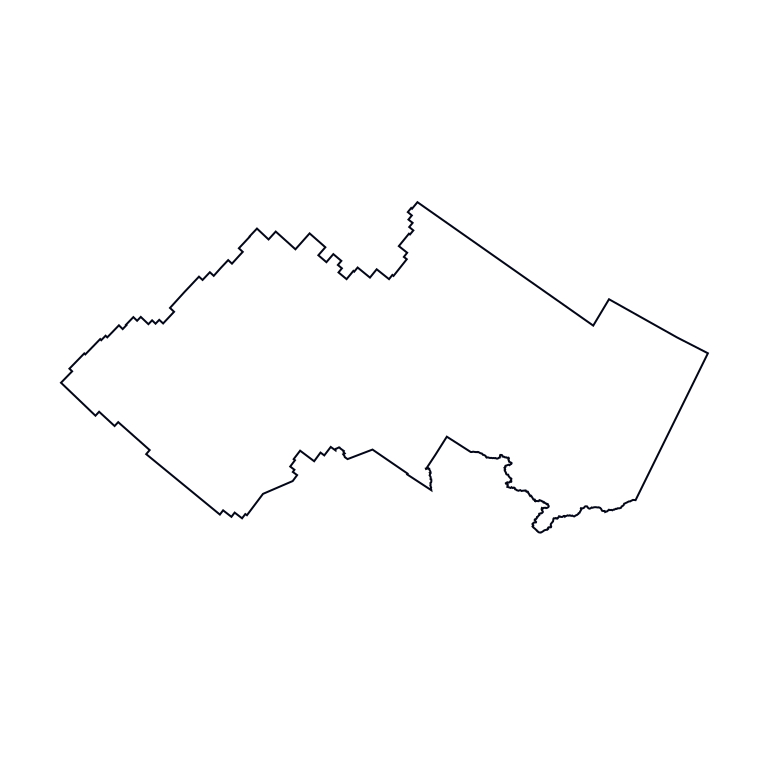 the district of Yukon-Koyukuk, Alaska, United States of America, rotated 32°
{"feature_id": "52423323B20923510604078", "entity_name": "Yukon-Koyukuk", "entity_type": "district", "adm_level": 2, "iso_a3": "USA", "parent_name": "United States of America", "parent_adm1": "Alaska", "projection": "orthographic", "projection_center": [-147.261, 65.223], "detail": "fine", "context": "isolated", "style": "outline", "palette": "ink", "viewbox_px": 768, "rotation_deg": 32, "n_neighbors": 0, "source": "geoboundaries", "source_scale": "gbopen_adm2", "svg_char_len": 6141}
<svg xmlns="http://www.w3.org/2000/svg" viewBox="0 0 768 768"><g transform="rotate(32 384 384)"><path d="M585.4,426.1L586.6,426.5L589.1,426.8L590.2,427.1L590.9,427.1L591.5,427.5L592.1,427.4L593.4,427.8L594.0,427.7L595.3,427.2L595.5,426.8L595.7,426.6L596.0,426.5L597.1,424.3L597.5,423.1L598.6,421.9L599.7,421.1L600.0,419.9L599.4,419.7L599.4,419.1L599.4,418.6L599.9,417.9L601.1,417.4L601.5,417.0L601.4,416.4L601.1,416.0L600.1,415.3L599.7,414.3L599.9,412.3L600.2,411.0L599.1,408.5L599.1,408.0L599.6,407.8L600.5,406.8L601.2,406.9L602.1,406.4L601.8,406.0L602.1,405.7L602.4,405.7L602.6,405.2L602.5,404.6L603.0,403.8L602.7,403.4L603.3,403.1L604.5,403.0L605.8,402.1L606.3,400.7L607.0,400.2L607.4,400.1L607.8,400.5L608.1,399.8L608.9,398.8L609.2,398.2L610.6,397.7L611.0,397.0L611.4,396.8L611.9,396.8L612.7,396.6L613.4,395.8L614.6,395.8L615.6,395.4L616.1,394.1L617.2,392.5L617.3,391.9L617.7,391.2L617.5,390.5L617.8,389.9L618.1,389.5L617.9,388.4L617.9,387.5L617.9,387.0L617.8,386.4L617.8,385.8L617.2,385.4L616.9,385.3L616.8,385.0L617.1,384.8L617.9,384.5L618.5,384.0L619.1,383.3L619.2,382.3L619.4,381.3L620.0,380.7L621.2,380.2L622.1,380.7L623.2,381.0L624.2,380.9L624.9,380.2L625.3,379.4L625.5,378.7L626.5,378.4L627.1,377.6L627.9,376.9L628.9,376.2L630.2,375.7L631.2,375.1L631.3,374.9L631.9,374.7L633.0,374.5L634.4,374.9L636.0,375.9L637.2,375.6L638.1,374.9L638.7,374.8L639.4,375.4L640.2,374.3L640.8,373.6L641.0,372.7L641.4,371.4L642.3,371.3L643.5,370.3L644.6,370.1L645.2,368.9L645.9,368.5L646.6,367.1L647.2,366.9L647.7,366.4L647.8,365.8L649.8,364.4L650.6,363.3L650.4,361.9L651.0,361.0L651.4,359.7L651.1,358.2L651.6,357.6L652.4,356.3L653.0,355.4L653.4,354.6L654.0,353.7L654.9,353.2L655.4,352.2L655.8,351.7L656.2,350.9L656.6,350.3L657.1,350.1L657.8,349.7L658.9,349.2L642.4,186.3L608.0,189.2L529.9,192.9L530.5,223.6L316.0,212.1L314.9,220.5L313.8,220.3L313.1,225.6L318.3,226.3L317.6,231.6L322.9,232.2L322.2,237.5L327.5,238.2L326.8,243.4L325.5,243.3L323.5,259.2L334.1,260.4L333.5,265.7L337.2,266.1L334.8,287.3L333.3,287.1L332.7,292.4L317.0,290.6L315.7,301.2L299.9,299.2L299.2,304.5L298.1,304.3L296.7,314.9L286.3,313.5L287.0,308.2L281.8,307.5L282.6,302.2L272.2,300.7L270.6,311.2L260.1,309.6L261.8,299.1L241.1,295.7L237.5,316.7L211.4,312.1L209.5,322.6L193.9,319.5L191.8,330.0L192.1,330.1L189.0,345.8L194.2,346.8L193.2,352.0L191.3,362.5L186.2,361.5L184.1,372.0L182.3,382.5L177.1,381.5L175.0,391.9L170.2,391.0L166.0,411.9L162.2,432.9L167.7,434.0L164.6,449.7L159.4,448.7L158.3,453.9L153.6,452.9L152.5,458.1L142.2,456.0L141.1,461.2L136.0,460.1L133.8,470.5L134.4,470.6L133.3,475.9L128.1,474.7L124.6,491.1L122.3,490.6L121.0,496.7L119.5,496.3L115.0,517.2L113.6,516.9L109.1,537.7L112.8,538.5L109.4,554.1L156.1,563.8L157.1,558.5L177.8,562.4L178.8,557.2L220.3,564.2L219.5,569.5L314.0,581.7L314.5,576.4L325.0,577.5L325.5,572.2L334.8,573.1L335.3,567.8L337.3,567.9L339.6,541.3L358.0,514.7L358.6,507.3L353.3,506.9L353.5,504.2L348.2,503.7L348.9,495.8L347.2,495.6L348.2,485.0L365.7,486.5L366.5,475.8L371.2,476.2L372.2,465.6L378.1,466.0L377.4,464.6L378.4,463.3L379.4,461.6L379.9,461.4L381.1,461.8L385.5,462.1L385.5,463.0L386.1,463.3L387.5,463.7L386.6,465.2L388.8,466.1L389.5,466.8L392.9,467.0L409.0,445.7L451.5,447.5L451.5,448.4L480.4,449.0L479.8,448.3L478.8,447.8L478.9,446.9L477.0,445.4L477.0,444.9L475.8,443.3L476.1,442.5L475.6,441.2L474.6,439.8L473.9,440.0L473.1,438.5L472.5,437.9L471.1,437.3L470.7,435.4L470.1,435.1L470.6,434.6L469.8,433.7L467.8,432.5L467.3,431.9L466.6,432.3L466.1,432.0L464.7,433.8L464.3,433.5L464.7,433.1L465.1,416.7L465.2,395.4L493.6,395.7L494.0,395.5L494.8,394.9L495.2,394.4L496.0,393.9L496.5,393.8L497.1,393.4L497.8,393.2L498.6,392.6L499.1,392.5L499.4,392.0L500.0,391.7L502.4,391.6L503.3,391.3L503.8,391.1L505.5,391.6L505.9,391.3L506.7,391.3L507.1,391.1L508.6,391.3L509.6,392.0L510.2,392.0L510.6,391.4L511.1,391.1L512.0,390.9L512.5,390.8L513.5,390.3L514.1,389.8L515.3,389.4L516.3,388.6L517.5,388.1L517.8,387.7L519.2,387.5L519.9,387.0L520.2,386.5L520.3,385.9L520.7,385.6L521.2,385.0L520.7,383.9L520.3,383.1L520.2,382.5L521.0,382.0L521.8,381.8L522.7,382.2L522.9,382.7L523.8,382.5L524.3,382.1L524.9,382.0L525.5,382.1L526.6,381.4L527.5,381.4L528.1,380.9L528.6,380.5L529.3,380.8L529.6,382.3L530.4,382.6L530.8,383.2L531.3,383.6L531.8,383.5L532.5,383.5L533.9,383.3L534.2,383.6L534.3,384.4L533.9,385.0L533.4,386.3L532.9,386.2L532.5,386.4L530.9,388.4L530.4,388.9L530.4,389.6L530.8,389.7L531.0,390.0L531.1,390.9L530.7,391.3L532.0,392.3L531.8,392.8L532.3,393.5L532.8,393.6L533.3,394.1L534.2,394.4L534.6,394.9L535.0,395.3L535.7,395.7L536.5,395.6L537.3,395.1L537.8,395.4L538.4,396.0L539.3,396.4L539.9,396.5L540.6,396.8L541.3,396.8L541.8,396.7L542.2,396.8L542.6,397.9L542.5,398.4L543.5,398.9L543.7,399.5L543.3,399.8L542.6,400.2L542.6,400.7L542.2,401.3L541.5,401.7L540.8,401.9L540.4,402.4L540.1,403.0L539.9,403.6L540.3,403.9L541.6,403.4L542.2,403.7L542.5,404.1L542.5,404.6L542.8,404.7L543.1,405.9L545.2,405.3L546.4,405.1L546.9,403.9L547.7,404.1L548.3,404.0L548.7,403.6L549.0,403.0L549.5,402.9L550.2,403.0L550.8,403.7L551.2,403.8L552.2,403.5L553.0,403.7L554.7,403.2L555.1,402.6L555.8,401.8L557.4,401.8L558.5,400.7L559.7,400.0L560.0,399.5L560.7,399.2L561.5,399.8L562.1,399.8L562.4,399.3L563.1,399.1L564.3,400.1L564.8,400.1L566.2,401.0L567.3,401.5L567.6,400.8L568.3,400.9L568.7,401.3L569.6,401.5L571.9,402.8L572.2,402.8L572.4,402.4L573.0,402.1L573.5,402.3L574.1,403.3L574.7,403.2L575.1,402.5L577.3,401.4L577.4,400.7L577.3,400.3L577.5,400.0L578.8,399.9L579.5,399.6L579.9,399.8L581.1,399.5L582.0,400.0L582.4,399.9L582.5,399.4L583.7,399.6L584.6,399.4L585.3,399.7L585.8,399.7L586.0,399.2L586.6,399.1L586.8,399.4L588.2,400.1L588.6,400.6L588.6,401.3L588.3,402.0L588.1,402.4L587.2,403.4L586.5,403.4L585.1,404.4L584.8,405.4L584.1,405.3L583.6,405.4L583.8,406.2L584.2,406.9L584.6,407.0L585.0,407.5L586.2,407.9L586.6,408.7L586.3,409.8L585.9,410.4L585.3,410.7L585.1,411.1L584.4,411.7L584.4,412.0L584.9,412.3L585.2,412.8L584.8,413.8L584.7,415.2L584.2,415.7L584.3,416.2L584.7,416.9L584.5,417.9L584.2,418.2L583.7,418.9L583.8,419.5L586.1,420.4L586.2,420.8L584.4,422.3L584.1,424.1L585.4,424.6L585.7,425.0L585.4,425.5L585.4,426.1Z" fill="none" stroke="#020617" stroke-width="2"/></g></svg>